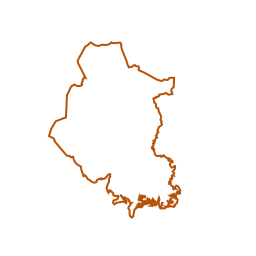 the district of Nacaome, Valle, Honduras, rotated 322°
{"feature_id": "27666195B51489907150139", "entity_name": "Nacaome", "entity_type": "district", "adm_level": 2, "iso_a3": "HND", "parent_name": "Honduras", "parent_adm1": "Valle", "projection": "natural_earth1", "projection_center": [-87.534, 13.506], "detail": "fine", "context": "isolated", "style": "outline", "palette": "amber", "viewbox_px": 256, "rotation_deg": 322, "n_neighbors": 0, "source": "geoboundaries", "source_scale": "gbopen_adm2", "svg_char_len": 5936}
<svg xmlns="http://www.w3.org/2000/svg" viewBox="0 0 256 256"><g transform="rotate(322 128 128)"><path d="M151.2,37.6L147.4,37.9L144.4,37.6L131.9,42.9L129.5,44.3L128.7,45.7L125.4,62.4L124.6,61.2L123.9,61.1L123.0,62.0L121.7,62.2L121.1,63.3L118.8,64.4L118.6,65.6L117.6,65.8L115.8,65.2L114.4,64.1L113.6,63.2L112.5,60.7L108.7,60.3L99.9,64.8L85.7,81.4L75.5,78.3L74.5,78.4L66.6,81.6L60.8,85.7L63.0,90.3L62.7,92.4L62.0,93.0L62.7,112.0L64.7,113.9L65.0,115.8L67.0,116.9L65.7,119.9L65.2,123.3L65.5,125.2L67.1,129.4L65.5,132.2L64.3,136.0L64.4,137.0L63.3,137.9L63.4,138.8L64.7,138.8L65.2,139.4L64.9,144.2L65.7,145.2L66.2,147.5L67.7,150.4L69.9,151.1L71.0,150.0L74.0,150.3L75.1,151.8L76.1,151.3L76.5,152.6L79.0,153.7L84.0,152.5L85.5,153.5L84.9,153.9L84.2,155.3L82.4,155.8L79.9,158.6L76.4,160.5L74.1,162.2L72.9,165.4L72.7,167.0L73.7,166.5L74.5,166.9L75.1,165.8L75.6,166.3L76.2,170.2L75.1,171.9L76.6,174.4L78.3,175.2L78.2,176.2L76.7,177.3L75.4,177.5L72.0,176.2L70.6,177.2L70.0,178.4L70.4,179.9L72.4,179.7L79.0,183.0L80.4,186.1L81.1,185.3L81.3,183.8L81.7,184.0L80.5,181.0L80.8,179.4L80.6,176.9L81.0,175.9L81.2,181.0L82.3,182.6L82.0,181.1L82.4,181.0L82.5,179.5L82.7,181.5L84.4,184.1L84.4,185.9L83.7,186.6L83.9,187.9L83.5,188.6L84.7,189.3L79.7,190.7L78.9,191.4L78.6,193.8L76.0,197.2L75.5,198.4L75.8,200.8L77.4,201.0L81.8,197.2L81.9,196.8L81.5,196.3L82.4,196.7L84.3,196.2L85.9,196.3L84.8,195.2L86.1,196.0L88.3,194.3L90.2,194.1L91.0,196.5L93.6,195.6L94.3,195.0L94.2,193.9L92.3,191.9L92.2,191.3L92.8,190.5L94.2,190.1L94.8,188.9L95.3,188.7L96.1,189.8L95.5,191.5L96.4,190.3L97.4,189.9L97.8,190.6L97.2,191.5L98.0,191.3L98.6,192.8L99.0,192.8L99.0,191.9L98.0,191.2L98.1,190.8L99.3,191.9L99.2,192.9L98.4,192.9L97.9,191.4L96.8,191.9L96.8,191.4L97.5,190.7L97.3,190.3L96.7,190.5L96.0,191.8L95.2,191.8L95.6,189.5L94.6,190.6L92.4,191.4L94.7,194.0L94.8,194.9L94.5,195.6L91.2,197.0L90.7,196.9L89.8,195.9L88.6,195.6L88.0,197.2L90.0,198.8L93.9,198.0L95.0,197.5L94.9,196.1L96.8,195.9L97.0,196.1L97.1,196.7L96.2,197.2L96.7,197.7L96.0,197.7L95.9,196.7L96.9,196.3L95.2,196.3L95.2,197.4L94.5,198.2L95.9,199.5L97.5,199.6L99.1,198.1L99.4,195.9L99.6,195.8L99.3,198.2L99.8,197.4L100.0,198.0L100.4,197.9L100.6,196.9L101.2,196.0L100.7,197.1L100.8,197.9L100.5,198.6L100.1,198.6L100.1,200.5L100.6,200.8L100.9,199.7L101.7,199.8L102.0,198.8L102.1,199.5L101.7,200.1L102.4,201.0L101.9,201.7L103.1,202.6L103.8,201.6L102.5,200.9L102.5,200.2L102.8,199.7L103.9,199.0L104.0,199.5L103.2,199.7L102.7,200.6L104.0,201.4L104.1,202.8L103.4,203.1L99.8,200.6L99.5,198.5L98.6,200.8L99.3,201.0L100.6,203.0L100.2,202.6L99.0,203.4L98.0,203.2L99.4,204.5L100.3,203.8L101.1,204.2L102.7,203.7L101.5,204.5L101.7,205.3L102.1,205.0L102.8,205.8L103.1,204.9L103.4,204.9L103.4,205.8L109.4,202.1L108.7,203.8L107.0,204.9L105.9,206.2L104.1,210.0L104.1,211.1L104.5,211.7L107.4,209.2L107.7,208.5L108.8,208.0L109.1,208.5L109.2,209.3L108.9,208.3L108.3,208.3L107.5,209.3L105.1,211.2L104.8,211.8L107.5,213.9L108.9,213.9L109.0,213.1L109.4,213.8L110.3,214.0L111.4,213.4L113.5,213.1L112.7,212.6L113.6,212.7L114.0,211.9L114.7,211.6L114.1,210.5L114.5,209.0L114.4,210.8L115.4,212.1L116.5,212.5L116.6,210.9L115.8,210.5L116.9,210.9L117.9,210.7L117.9,210.1L117.2,209.4L118.0,209.8L118.2,210.6L117.0,211.1L116.8,212.8L117.9,212.6L117.1,213.2L117.8,213.3L117.9,214.5L117.6,213.4L117.2,213.4L117.3,214.2L116.8,214.1L117.1,213.8L116.7,212.8L114.5,212.0L113.2,213.7L111.6,213.7L110.9,214.3L111.0,214.7L113.9,216.0L114.3,217.0L115.5,218.4L116.7,218.3L116.4,217.7L117.6,217.2L120.2,217.4L122.8,215.3L123.1,214.1L122.8,212.5L123.8,211.0L122.5,212.1L121.9,211.9L121.7,210.3L120.6,210.4L120.6,209.1L119.9,208.7L119.4,207.1L119.9,207.4L120.4,208.9L120.4,207.6L120.9,209.0L120.9,210.2L122.0,210.1L122.0,208.5L122.2,208.8L122.6,208.5L122.1,211.9L123.6,210.6L123.2,210.1L122.9,209.5L123.7,208.4L124.4,208.2L123.3,209.2L123.1,209.9L124.5,210.7L126.6,208.8L128.8,208.7L127.6,209.2L127.0,210.3L127.2,210.9L128.2,211.5L128.8,209.9L129.4,210.6L129.9,209.4L130.7,209.5L131.4,206.4L131.3,204.3L130.6,203.1L129.5,203.3L128.3,204.1L128.0,204.5L128.1,205.4L127.7,204.9L127.7,204.4L126.2,204.4L126.2,203.6L127.5,202.2L126.6,199.9L127.3,197.5L127.1,197.1L126.7,197.6L126.2,197.3L126.8,197.0L126.8,196.0L127.7,195.7L127.0,196.8L127.8,197.5L128.9,195.6L130.7,194.7L130.1,194.3L130.3,194.1L131.0,194.2L131.0,195.2L132.0,194.9L133.2,192.5L134.0,192.6L134.8,193.7L135.0,192.6L136.6,192.1L136.4,189.7L138.1,189.7L140.1,188.8L141.6,187.1L141.5,186.7L139.6,186.8L138.0,186.0L138.2,183.2L138.6,182.3L140.4,181.7L142.0,182.4L142.7,181.2L142.6,180.9L141.6,181.2L141.0,181.0L140.6,179.1L140.2,178.9L140.5,178.5L140.0,178.1L140.2,177.6L140.5,178.1L142.0,178.3L141.5,177.0L140.6,176.9L139.5,173.3L139.4,171.7L138.8,171.2L137.9,171.7L137.2,171.1L137.0,171.4L136.2,170.9L136.5,169.7L134.2,168.5L133.0,166.8L133.1,164.9L134.1,163.4L134.3,161.6L135.2,161.2L134.3,159.7L134.5,158.3L135.0,158.0L135.8,158.9L136.1,157.6L137.9,157.1L138.1,155.7L139.4,156.0L140.1,155.6L140.2,155.1L139.6,155.0L140.2,153.7L141.5,154.6L143.6,153.1L145.0,153.5L145.2,151.3L146.8,151.0L147.7,150.0L149.4,150.0L149.4,148.7L149.9,148.0L153.2,146.2L155.9,146.4L157.1,146.0L157.5,144.0L158.6,143.4L158.6,141.6L160.6,140.1L161.5,138.5L162.3,134.2L163.9,131.1L163.0,130.1L163.3,128.2L164.7,126.4L164.5,123.5L165.6,122.1L166.0,120.5L167.1,120.5L168.5,121.4L169.4,120.7L171.2,122.0L172.1,121.8L173.0,120.9L177.7,123.4L179.5,123.7L180.4,126.7L183.9,128.5L184.2,127.4L184.7,126.8L184.7,125.8L185.1,125.1L186.3,124.2L189.3,123.8L195.2,116.9L192.2,114.4L191.4,114.1L190.2,114.5L188.4,114.4L186.5,112.1L184.1,111.9L183.1,111.3L180.6,107.7L174.6,93.7L172.3,89.6L172.2,88.5L174.0,87.3L174.1,85.8L172.5,84.5L172.1,82.6L170.5,82.0L169.5,82.3L168.2,82.0L166.8,80.9L166.1,80.8L166.5,78.4L168.2,74.0L171.6,62.2L173.0,59.4L174.2,57.9L174.4,55.9L168.9,52.3L167.9,51.3L167.7,50.3L165.5,50.6L162.4,49.5L158.6,46.3L155.6,45.4L153.6,43.4L152.2,40.8L151.9,38.6L151.2,37.6Z" fill="none" stroke="#b45309" stroke-width="2"/></g></svg>